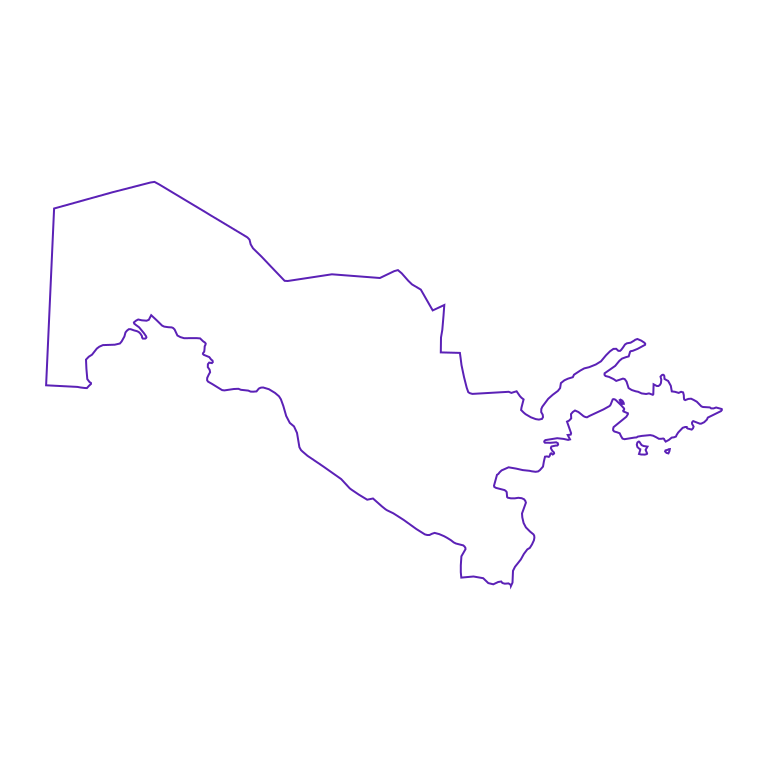 outline of Uzbekistan
{"feature_id": "UZB", "entity_name": "Uzbekistan", "entity_type": "country or territory", "adm_level": 0, "iso_a3": "UZB", "parent_name": "Asia", "parent_adm1": "", "projection": "robinson", "projection_center": [66.075, 41.364], "detail": "fine", "context": "isolated", "style": "outline", "palette": "violet", "viewbox_px": 768, "rotation_deg": 0, "n_neighbors": 0, "source": "natural_earth", "source_scale": "50m", "svg_char_len": 6099}
<svg xmlns="http://www.w3.org/2000/svg" viewBox="0 0 768 768"><path d="M634.0,340.7L635.2,339.8L637.4,339.0L641.2,340.6L644.4,342.7L645.2,343.7L645.1,344.8L637.5,348.9L632.8,350.8L630.7,351.2L630.1,351.7L628.7,356.4L625.8,357.2L622.0,358.6L619.4,360.8L615.2,365.9L604.6,373.3L604.5,374.8L605.5,376.0L609.0,376.9L613.6,379.1L616.2,380.9L623.0,378.6L624.7,379.1L626.5,381.5L628.6,388.1L631.7,390.0L635.7,391.3L638.2,391.8L641.6,393.4L646.1,394.0L649.0,393.4L652.8,394.8L653.3,394.2L653.6,384.3L656.8,386.0L658.5,386.0L660.1,384.7L660.9,383.1L661.3,379.8L660.5,376.6L661.9,375.1L663.0,374.7L663.8,375.1L664.3,376.0L664.5,378.9L666.7,380.2L668.1,380.9L669.5,383.4L670.8,385.8L671.8,391.4L674.9,391.8L678.7,392.9L681.1,391.8L683.1,392.4L683.8,395.1L683.9,397.6L684.2,399.5L685.2,400.1L688.4,398.9L691.1,398.7L693.6,399.9L696.8,401.7L701.4,406.4L703.0,407.0L709.8,407.4L711.2,408.4L713.6,408.4L716.1,407.5L721.7,409.0L721.9,409.9L721.0,411.1L707.8,417.6L706.9,419.6L704.2,422.2L701.3,423.6L699.9,423.7L693.2,421.1L692.5,421.7L692.0,422.8L692.1,423.9L693.6,426.6L693.0,428.3L691.7,429.6L687.6,428.5L686.8,427.8L686.7,427.0L685.2,427.0L682.7,427.8L678.2,432.5L676.6,435.0L676.0,436.5L674.0,437.3L671.7,437.6L668.9,439.9L665.7,441.6L664.7,440.3L664.0,438.9L663.2,438.5L661.2,438.8L658.9,438.8L656.3,437.3L653.1,435.7L650.2,435.1L641.9,435.9L637.8,436.6L636.6,437.4L634.3,437.6L624.5,439.2L622.5,438.6L621.0,436.1L619.7,433.3L617.1,432.3L614.3,431.5L613.2,430.4L613.1,429.1L613.4,427.8L613.6,427.1L625.9,417.1L626.4,416.7L626.9,415.8L627.9,414.2L627.9,413.3L623.4,411.4L623.2,410.6L624.1,409.7L624.1,408.5L620.9,405.0L615.4,399.7L613.8,399.1L612.7,399.4L610.6,404.7L609.6,406.0L603.5,409.4L589.3,416.0L587.0,417.3L585.3,417.0L583.6,416.2L578.4,412.0L575.0,410.5L572.8,412.0L571.0,414.1L571.2,418.4L569.1,420.6L567.0,421.6L571.1,433.2L570.7,434.6L567.7,435.0L570.0,439.4L568.1,439.9L563.5,438.9L557.2,438.2L545.4,440.1L544.5,440.9L544.2,441.8L544.9,442.7L550.6,442.8L556.2,442.3L557.8,443.2L558.1,444.6L557.4,445.5L555.6,445.6L551.5,446.5L551.0,447.4L550.9,448.3L552.3,450.8L553.9,452.4L554.1,453.4L553.4,454.2L552.6,454.5L551.3,453.3L550.5,453.6L550.1,454.6L549.7,455.9L548.8,456.9L546.9,456.4L545.0,456.7L543.9,461.4L543.0,466.6L539.9,470.1L538.2,471.4L535.6,471.8L531.8,471.3L529.5,470.8L522.8,470.1L516.1,468.6L508.6,467.3L501.6,470.4L499.6,472.3L498.3,474.0L497.0,474.8L494.0,485.7L494.3,486.9L496.0,487.9L504.6,490.1L505.9,491.1L506.7,492.1L507.1,497.0L507.8,497.7L510.7,498.3L515.0,498.3L518.3,497.8L521.7,498.2L524.1,499.3L525.3,500.9L525.9,502.7L522.0,513.5L522.3,517.4L523.6,523.0L525.9,527.4L530.2,531.7L533.5,534.4L534.2,535.7L534.4,537.7L533.9,540.3L532.0,544.4L529.8,547.9L527.3,549.4L523.9,553.9L520.8,559.5L515.0,566.8L513.0,570.8L512.5,582.6L510.9,586.1L510.7,584.8L508.5,583.4L504.8,583.7L502.4,583.0L501.2,581.5L498.2,582.0L493.3,584.3L488.3,583.1L483.2,578.2L473.5,576.5L461.3,577.6L460.8,572.2L460.8,565.4L461.4,556.3L465.5,549.2L465.4,547.9L464.6,546.6L463.3,545.4L455.9,543.5L453.7,542.4L450.9,540.2L447.2,537.9L444.1,536.2L439.2,534.1L434.6,532.9L431.9,533.8L429.5,535.0L427.2,535.0L424.9,534.4L416.3,529.0L403.5,519.8L393.3,513.3L386.9,510.2L385.4,509.2L381.8,506.3L373.0,498.5L367.2,499.7L358.8,494.6L351.4,489.6L349.7,488.3L341.2,479.1L323.6,466.7L307.5,455.8L302.6,451.6L301.0,450.1L299.4,447.2L297.0,432.9L294.0,426.4L289.8,422.9L286.2,416.0L283.3,405.9L280.9,399.3L279.0,396.3L275.0,392.9L268.9,389.2L263.2,387.5L261.1,387.6L260.0,388.0L258.8,388.6L256.5,391.4L253.1,391.7L250.6,391.6L248.3,390.6L240.9,389.8L238.4,388.8L233.9,389.0L224.4,390.4L222.1,390.1L212.2,384.0L208.0,381.6L207.1,380.2L207.2,377.9L208.8,374.5L210.1,372.2L209.6,369.7L207.8,367.1L207.9,364.2L209.2,362.6L211.9,363.1L212.8,362.1L212.5,360.6L211.1,359.5L209.3,357.1L203.7,354.8L202.9,353.9L203.2,352.9L204.2,351.7L204.5,349.4L204.7,346.3L205.5,344.7L205.7,343.5L204.9,342.5L203.1,341.3L200.1,338.4L196.3,338.1L184.1,338.2L180.4,337.1L177.4,335.5L174.6,329.5L173.1,328.0L171.7,327.4L168.3,327.2L164.2,326.6L162.1,325.6L156.5,320.1L151.2,315.2L148.8,319.8L146.6,320.7L141.8,320.3L138.2,319.5L136.1,320.6L133.9,322.4L134.2,323.6L135.8,324.9L139.1,327.3L143.9,333.1L146.1,336.3L146.4,337.4L145.9,338.2L145.2,338.6L142.9,338.6L142.1,337.6L141.9,336.0L140.3,333.5L138.7,332.0L136.8,331.1L134.1,330.4L130.7,329.2L128.8,329.2L127.0,330.6L125.5,332.4L124.4,336.5L121.6,341.5L119.9,343.5L114.8,344.7L102.9,345.1L99.3,346.7L96.8,348.6L92.0,354.7L88.8,356.7L86.0,359.6L86.4,368.6L87.3,379.1L89.5,382.0L90.9,382.9L91.0,383.9L88.8,386.0L86.9,388.1L84.8,388.0L80.7,387.5L77.3,386.9L46.1,385.3L47.1,363.2L53.1,230.6L54.1,208.5L112.7,192.2L150.5,182.5L154.5,181.9L158.8,184.2L184.8,199.8L205.7,212.3L210.9,215.5L247.4,237.4L249.5,239.6L250.7,244.4L253.0,248.3L257.2,252.4L261.6,256.7L270.6,266.2L284.6,280.8L287.7,281.0L331.9,274.3L379.9,278.0L394.3,271.1L397.9,270.1L401.7,273.3L408.2,280.7L412.0,284.4L420.8,289.6L432.7,310.4L444.3,305.0L443.5,315.8L442.3,329.9L441.0,337.5L440.8,352.4L459.9,352.9L460.6,358.0L461.5,365.1L464.0,377.0L466.7,387.7L468.3,392.2L469.9,393.2L472.4,393.9L508.7,391.8L511.4,392.9L513.8,392.1L516.6,391.3L519.9,396.1L521.5,397.8L523.6,399.4L521.5,407.5L521.1,410.0L523.7,412.6L525.6,414.2L530.9,417.3L535.7,419.1L538.9,419.6L542.0,418.9L543.0,417.1L542.7,414.7L541.2,412.1L541.3,409.0L542.3,406.7L548.2,398.8L552.7,394.8L557.9,390.9L560.1,388.1L560.9,383.1L564.4,380.3L568.1,378.6L572.8,377.2L574.0,374.7L580.4,370.5L584.2,368.4L589.1,367.2L595.8,364.5L601.0,361.3L606.0,355.3L610.0,351.3L613.4,348.9L616.2,348.8L618.3,350.8L620.0,350.9L621.1,350.0L623.0,347.5L625.0,344.5L626.9,343.3L630.6,342.7L634.0,340.7ZM623.8,403.8L623.6,402.7L622.4,400.7L620.5,399.6L619.7,400.1L620.4,401.7L622.6,403.9L623.8,403.8ZM646.8,454.1L644.8,454.6L641.1,454.5L639.0,454.0L640.2,450.1L640.3,449.3L640.1,449.2L639.1,448.6L637.4,447.0L636.8,444.7L637.4,442.5L638.5,441.6L639.3,441.7L641.6,445.1L643.6,446.0L647.5,446.6L645.6,449.9L647.1,453.4L646.8,454.1ZM669.4,451.3L668.4,453.4L666.5,452.9L665.1,451.5L665.5,450.4L667.7,449.8L668.8,449.2L669.8,449.1L669.4,451.3Z" fill="none" stroke="#5b21b6" stroke-width="2"/></svg>